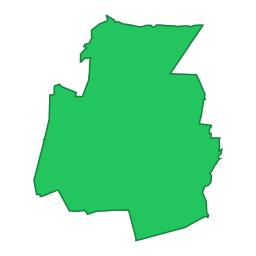 Topraisar, Constanta, Romania
{"feature_id": "2599482B45619773184208", "entity_name": "Topraisar", "entity_type": "district", "adm_level": 2, "iso_a3": "ROU", "parent_name": "Romania", "parent_adm1": "Constanta", "projection": "natural_earth1", "projection_center": [28.487, 44.028], "detail": "fine", "context": "isolated", "style": "filled", "palette": "green", "viewbox_px": 256, "rotation_deg": 0, "n_neighbors": 0, "source": "geoboundaries", "source_scale": "gbopen_adm2", "svg_char_len": 5365}
<svg xmlns="http://www.w3.org/2000/svg" viewBox="0 0 256 256"><path d="M55.0,85.7L54.9,85.7L54.7,86.0L54.4,86.6L54.3,87.0L54.1,93.7L54.0,94.1L53.9,94.4L53.8,94.5L53.5,94.8L53.2,94.9L53.0,95.0L52.7,95.0L52.4,95.0L49.9,94.9L49.7,100.9L49.7,101.2L49.3,114.3L49.1,119.7L48.3,122.9L47.8,125.0L47.8,125.5L45.8,133.5L45.8,133.8L44.5,139.2L43.6,139.7L44.2,140.2L41.0,152.9L40.8,153.3L38.9,160.9L34.8,176.9L34.6,177.7L34.5,177.8L34.3,178.5L34.0,180.5L34.2,181.9L34.7,184.3L35.5,188.5L36.6,194.4L39.8,194.6L39.9,194.8L40.2,195.9L40.4,196.3L40.4,196.5L40.7,196.4L41.0,196.4L41.3,196.3L42.2,196.2L44.7,195.3L46.2,194.7L47.7,194.0L54.3,191.4L55.7,190.8L56.6,190.4L57.2,190.2L57.5,190.1L57.8,190.1L58.0,190.2L58.1,190.3L59.6,193.0L59.9,193.2L69.4,210.9L77.5,211.3L83.8,210.6L84.4,210.2L86.6,212.6L87.0,213.2L87.5,214.3L95.7,211.5L96.8,211.3L98.5,211.2L114.5,210.2L114.9,210.1L125.0,210.2L128.5,210.2L128.7,210.6L131.3,220.3L135.9,238.1L135.9,238.7L135.8,239.0L136.0,239.6L135.9,240.5L136.9,240.4L137.8,240.1L140.8,239.4L146.7,237.8L148.5,237.3L155.5,235.4L162.1,233.6L164.8,232.9L169.8,231.5L175.5,230.0L179.7,228.9L183.5,227.8L184.4,227.6L184.8,227.4L185.1,227.3L185.6,227.1L187.4,226.1L188.8,225.3L192.6,223.1L195.4,221.6L197.1,220.7L198.0,220.2L203.3,217.4L203.9,217.1L204.4,216.8L204.7,216.7L205.1,216.6L205.4,216.5L205.9,216.7L206.5,216.9L207.6,217.3L207.9,217.4L208.1,217.0L208.1,216.8L208.3,216.0L208.5,215.3L208.5,215.1L208.4,215.0L207.5,213.7L206.9,212.8L206.9,212.6L206.8,212.4L206.7,210.5L206.6,208.9L206.3,203.9L206.2,201.4L205.1,198.7L202.5,192.4L202.5,192.2L204.5,187.1L204.6,186.8L204.8,186.7L205.0,186.5L208.0,185.4L208.3,185.3L208.4,185.1L210.9,182.2L211.5,175.5L210.4,174.0L209.7,173.7L210.4,172.8L211.1,171.7L211.5,171.2L212.1,170.2L212.4,169.6L212.7,169.2L212.9,168.8L213.1,168.5L213.4,168.1L213.8,167.5L213.9,167.2L214.1,166.9L214.2,166.6L214.2,166.3L214.2,166.2L214.3,166.1L214.4,165.9L214.5,165.7L214.9,165.2L215.1,165.0L215.3,164.7L215.6,164.3L216.0,163.9L216.2,163.6L216.6,163.1L216.8,162.9L216.8,162.6L216.9,162.4L216.9,162.2L217.1,162.0L217.4,161.6L218.0,160.8L218.4,160.3L218.6,160.0L218.8,159.7L219.2,159.2L219.5,159.0L220.0,158.8L219.4,158.7L218.9,158.4L218.5,157.6L218.4,157.0L218.5,156.2L218.7,155.8L219.3,155.1L220.3,154.3L221.0,153.6L221.2,153.4L221.3,152.9L221.2,152.3L221.4,151.6L221.5,151.3L221.5,150.6L221.8,149.4L222.0,149.0L221.8,149.0L221.6,149.2L221.4,149.4L220.9,149.8L220.3,150.3L219.6,150.7L218.9,151.0L219.0,150.5L219.2,150.1L219.2,149.9L219.2,149.6L219.2,149.4L219.1,149.1L219.1,148.7L219.5,147.2L219.5,143.7L219.4,143.3L219.2,139.7L219.2,139.4L219.3,139.3L219.9,138.1L216.7,138.0L214.8,138.0L212.7,137.9L211.2,137.8L210.7,137.7L211.3,133.5L209.3,133.3L209.4,131.8L209.5,129.8L210.4,127.4L211.2,126.8L211.5,126.0L211.4,125.6L211.0,125.7L210.8,125.2L199.5,123.9L200.4,117.7L200.5,117.3L200.8,117.4L201.2,115.7L203.8,99.5L204.4,99.5L205.3,99.4L204.5,96.8L204.7,95.7L205.0,94.0L204.6,93.2L204.0,91.8L201.9,87.0L200.7,84.1L200.3,83.1L199.0,80.0L196.9,75.6L196.3,74.7L196.1,74.7L194.4,74.7L182.9,74.2L182.7,74.2L170.4,73.8L170.2,73.7L172.3,70.6L173.7,68.6L178.5,61.4L179.5,60.0L179.8,59.5L180.9,57.9L183.2,54.5L184.1,53.1L184.9,51.9L185.4,51.2L186.1,50.2L187.1,48.7L187.5,48.0L187.8,47.7L188.5,46.6L189.4,45.2L191.8,41.7L192.3,40.9L193.3,39.4L193.9,38.6L194.4,37.8L196.2,35.1L197.8,32.8L198.8,31.3L199.6,30.1L200.8,28.4L202.8,25.4L202.9,25.2L202.4,25.2L201.8,25.2L200.7,25.0L196.6,25.2L194.2,25.5L193.7,25.5L193.2,25.7L190.8,26.8L190.6,26.8L190.2,26.6L187.8,25.8L187.5,25.9L183.9,26.0L181.9,26.1L181.0,26.2L178.9,26.4L176.3,26.4L175.7,26.1L174.6,26.1L174.1,26.1L173.7,26.1L173.0,25.8L171.6,25.8L171.0,25.7L170.5,25.7L169.7,25.8L169.2,25.8L168.2,25.7L167.9,25.7L167.5,25.8L167.3,25.8L166.4,25.7L164.5,25.4L163.0,25.3L162.0,25.2L157.9,24.9L157.1,25.0L156.5,25.1L156.3,25.2L155.8,25.5L155.2,26.1L154.6,26.6L154.0,26.9L153.7,27.1L153.2,27.1L152.4,27.1L152.1,27.0L152.0,26.6L151.8,26.2L151.4,25.7L151.2,25.5L150.9,25.4L149.4,25.3L146.6,25.4L146.1,25.4L145.6,25.6L144.9,25.9L143.7,26.1L142.7,26.4L142.1,26.6L141.5,26.8L141.2,26.8L140.6,26.8L139.5,26.7L137.9,26.5L136.6,26.3L134.0,25.8L132.7,25.5L132.2,25.4L131.8,25.2L131.4,25.1L130.1,24.9L129.3,24.9L128.7,24.8L127.9,24.6L126.9,24.4L126.3,24.3L125.3,24.3L124.5,24.2L123.8,24.1L123.0,23.8L122.0,23.4L120.9,23.0L119.8,22.4L119.4,22.2L119.0,22.0L118.4,21.9L116.1,21.9L114.8,22.0L114.8,21.6L114.8,21.1L114.6,21.0L114.2,20.1L112.0,18.6L109.3,17.2L108.5,16.5L107.3,15.8L106.4,15.4L106.4,15.6L107.8,20.5L106.4,21.2L106.0,21.3L105.9,21.3L105.7,21.4L100.1,23.7L99.5,24.0L99.1,24.3L98.2,25.0L94.5,27.9L91.5,30.3L91.6,37.0L92.1,37.4L90.9,39.7L89.3,43.0L89.0,43.3L88.2,43.5L87.0,43.8L85.7,44.0L85.4,44.2L85.1,44.4L84.9,44.5L84.7,44.9L84.5,45.4L84.4,45.5L83.9,46.0L83.9,46.7L85.3,46.8L85.7,46.9L86.0,47.0L86.6,47.5L86.6,47.8L86.4,47.8L86.2,47.9L86.1,48.0L85.4,48.8L84.9,49.3L83.9,50.4L82.8,51.7L81.9,52.7L81.0,53.8L80.8,53.9L80.5,54.3L80.4,54.4L80.4,54.5L80.5,54.7L80.6,55.0L80.4,61.9L81.4,61.9L81.5,61.8L84.3,58.5L84.5,58.3L90.0,57.9L90.5,57.8L90.5,58.0L90.2,58.5L89.6,64.9L89.7,65.4L89.4,73.7L89.3,74.1L89.3,75.9L89.1,75.9L88.9,76.0L88.8,79.9L87.1,84.3L85.1,89.6L83.5,93.6L82.4,96.6L75.2,96.4L75.6,95.2L75.9,94.6L76.2,92.5L75.8,92.4L62.4,87.0L61.7,86.6L60.5,85.4L59.5,84.2L59.2,84.3L58.4,84.6L55.9,85.4L55.5,85.5L55.3,85.7L55.2,85.7L55.0,85.7Z" fill="#22c55e" stroke="#15803d" stroke-width="1.5"/></svg>